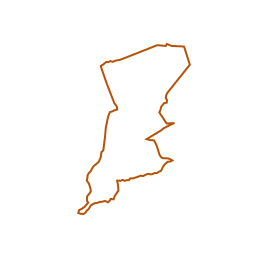 Pilar, Alagoas, Brazil, rotated 300°
{"feature_id": "56859067B89686736514526", "entity_name": "Pilar", "entity_type": "district", "adm_level": 2, "iso_a3": "BRA", "parent_name": "Brazil", "parent_adm1": "Alagoas", "projection": "orthographic", "projection_center": [-36.057, -9.614], "detail": "fine", "context": "isolated", "style": "outline", "palette": "amber", "viewbox_px": 256, "rotation_deg": 300, "n_neighbors": 0, "source": "geoboundaries", "source_scale": "gbopen_adm2", "svg_char_len": 1753}
<svg xmlns="http://www.w3.org/2000/svg" viewBox="0 0 256 256"><g transform="rotate(300 128 128)"><path d="M29.5,127.4L30.1,130.1L31.4,132.5L33.5,133.5L35.3,133.5L38.6,134.5L42.1,134.5L44.5,135.5L46.7,137.3L48.1,139.2L50.1,140.6L50.9,142.3L53.0,144.1L53.6,145.9L53.6,147.8L55.9,148.5L58.0,148.5L59.0,151.2L62.1,150.5L65.7,150.7L68.9,151.0L71.7,149.2L74.2,147.3L77.0,144.9L78.7,148.1L80.3,149.2L80.6,151.6L82.2,153.0L83.2,154.8L85.5,155.1L86.6,157.2L89.0,159.4L91.6,161.7L93.2,163.0L93.7,164.9L96.1,166.6L98.2,168.0L99.1,170.7L100.5,172.4L102.3,173.6L103.3,175.5L105.6,176.6L107.4,178.0L109.7,177.9L112.3,177.6L115.0,178.0L116.7,178.7L118.5,179.1L120.1,181.4L122.0,182.6L122.1,180.1L121.8,178.2L120.8,176.0L119.5,173.8L119.2,171.5L120.6,168.6L122.6,166.5L124.0,165.0L125.8,163.1L127.3,161.3L130.2,156.9L129.6,155.0L128.5,153.1L127.7,149.7L142.6,157.9L145.4,158.9L153.0,163.8L155.5,165.8L151.2,159.2L157.2,147.3L159.7,147.1L163.2,146.1L167.4,146.8L169.4,148.9L171.7,147.8L172.9,145.7L175.9,144.6L178.7,144.6L213.7,149.9L226.5,135.9L225.3,133.2L223.1,129.1L220.9,124.8L220.2,119.7L218.0,119.7L214.3,111.9L182.9,86.9L180.1,83.5L177.7,81.7L177.2,79.4L175.2,78.0L174.2,76.1L172.1,75.3L170.4,74.7L168.2,73.4L166.7,74.8L157.9,85.0L156.0,87.2L142.7,103.7L141.6,106.3L140.6,108.0L138.6,109.4L136.6,107.5L134.8,106.3L132.7,104.4L127.8,105.1L117.0,108.7L109.8,112.1L96.3,117.8L94.0,117.1L91.8,117.8L88.9,119.1L86.7,119.3L84.0,119.6L80.9,118.5L77.8,117.3L74.6,117.1L72.1,117.3L69.3,116.6L66.7,116.7L63.9,118.0L61.9,118.6L60.9,120.7L59.8,122.6L58.1,124.4L56.4,126.1L54.8,127.4L52.3,127.4L50.5,127.1L48.4,126.8L46.3,127.7L44.3,129.2L43.3,130.9L41.0,130.3L38.1,129.9L36.4,129.1L34.7,128.3L32.4,126.7L29.5,127.4Z" fill="none" stroke="#b45309" stroke-width="2"/></g></svg>